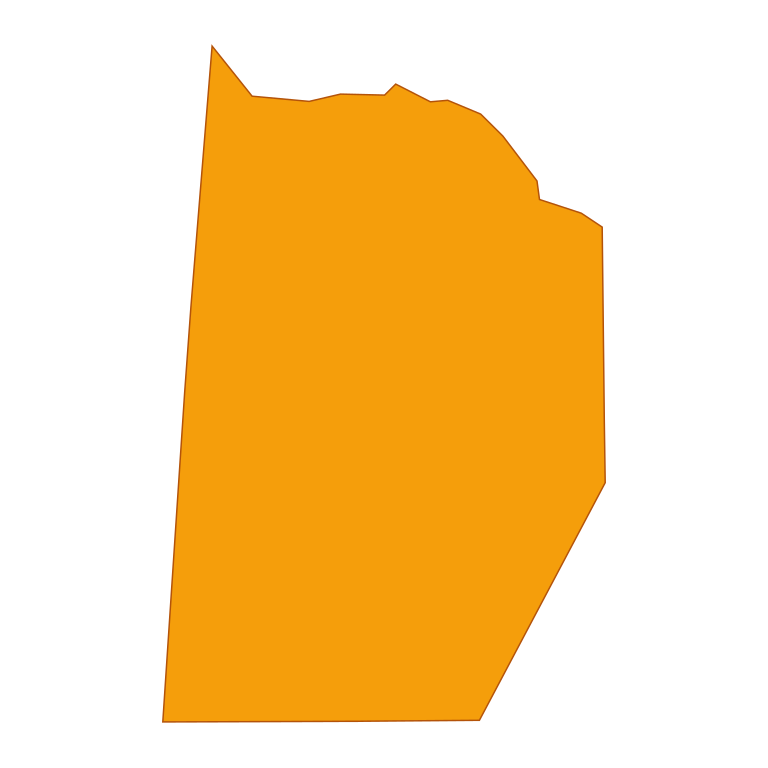 outline of Brunswick, Virginia, United States of America
{"feature_id": "52423323B81794137886783", "entity_name": "Brunswick", "entity_type": "district", "adm_level": 2, "iso_a3": "USA", "parent_name": "United States of America", "parent_adm1": "Virginia", "projection": "albers", "projection_center": [-77.853, 36.783], "detail": "fine", "context": "isolated", "style": "filled", "palette": "amber", "viewbox_px": 768, "rotation_deg": 0, "n_neighbors": 0, "source": "geoboundaries", "source_scale": "gbopen_adm2", "svg_char_len": 451}
<svg xmlns="http://www.w3.org/2000/svg" viewBox="0 0 768 768"><path d="M328.9,721.4L348.7,721.3L356.7,721.3L364.9,721.2L479.4,720.3L605.2,482.7L604.3,420.9L602.2,227.1L581.3,213.2L539.5,199.5L537.0,181.0L502.9,136.1L480.7,114.1L447.7,100.3L430.4,101.8L395.7,84.1L384.6,95.1L340.5,94.1L309.2,101.4L252.1,96.2L212.1,46.1L191.0,305.9L184.7,391.9L162.8,721.9L170.5,721.9L171.0,721.9L328.9,721.4Z" fill="#f59e0b" stroke="#b45309" stroke-width="1.5"/></svg>